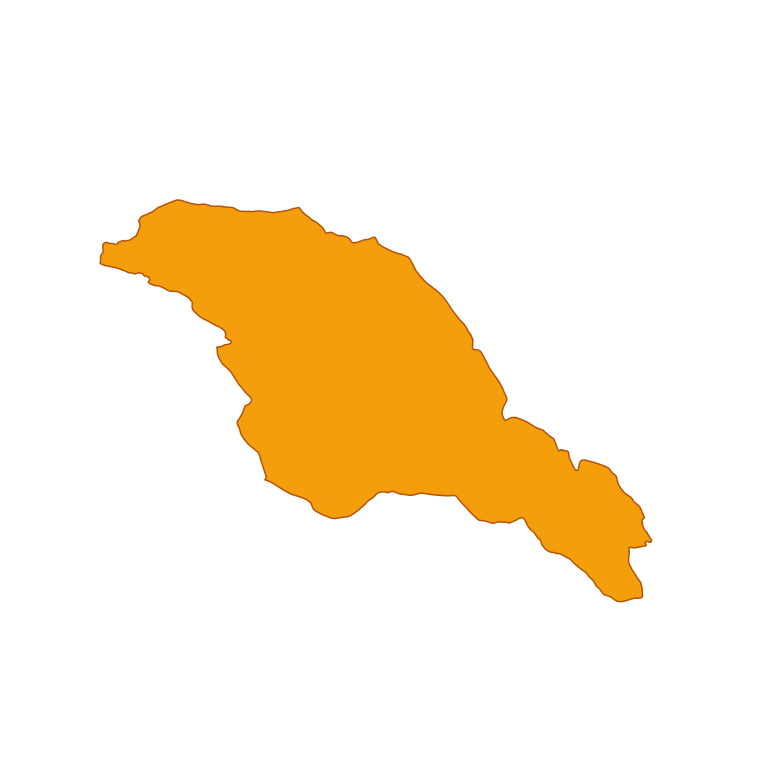 outline of Nuevo Colón, Boyacá, Colombia, rotated 287°
{"feature_id": "7082276B31852180812042", "entity_name": "Nuevo Colón", "entity_type": "district", "adm_level": 2, "iso_a3": "COL", "parent_name": "Colombia", "parent_adm1": "Boyacá", "projection": "robinson", "projection_center": [-73.45, 5.353], "detail": "fine", "context": "isolated", "style": "filled", "palette": "amber", "viewbox_px": 768, "rotation_deg": 287, "n_neighbors": 0, "source": "geoboundaries", "source_scale": "gbopen_adm2", "svg_char_len": 6145}
<svg xmlns="http://www.w3.org/2000/svg" viewBox="0 0 768 768"><g transform="rotate(287 384 384)"><path d="M479.4,110.3L477.6,108.5L474.6,104.7L473.6,103.6L472.1,102.8L470.7,102.2L468.3,101.7L467.8,101.9L467.8,102.4L467.2,102.8L463.1,104.7L453.4,103.8L449.2,100.4L448.0,99.6L447.1,98.5L444.9,94.2L444.6,91.8L441.9,89.0L441.9,88.5L440.1,88.0L439.0,86.8L438.9,82.7L438.1,79.9L438.3,77.3L437.7,76.1L436.7,75.1L435.0,74.6L434.2,74.6L427.9,76.9L427.2,76.7L425.4,75.8L423.1,75.7L418.3,77.1L416.4,77.3L415.9,78.9L415.8,83.3L416.7,91.7L416.8,95.1L416.8,97.3L416.4,100.5L416.4,103.7L415.9,105.8L415.8,107.4L416.1,109.0L416.6,110.1L416.3,113.2L416.7,114.2L417.6,115.0L418.7,117.1L418.9,120.3L418.5,121.5L417.6,122.8L417.3,123.9L417.5,126.5L417.0,128.1L416.3,128.9L415.6,129.4L414.8,129.6L413.9,129.3L413.2,128.8L412.4,128.9L411.9,129.8L411.4,131.3L411.2,133.5L411.1,136.5L411.8,138.2L412.0,141.3L411.3,145.8L410.4,149.2L410.3,152.5L410.8,154.3L411.8,158.7L411.9,160.2L411.7,162.0L409.7,170.9L408.8,173.0L406.3,176.5L405.3,177.0L402.2,177.8L400.6,178.4L398.7,180.0L397.2,182.6L395.0,187.3L393.7,190.9L393.0,196.0L390.7,206.3L390.6,208.7L390.3,210.3L389.2,213.8L387.9,216.3L387.1,217.0L384.5,218.4L382.5,218.5L382.0,218.9L381.7,219.6L381.7,221.1L381.5,221.3L381.0,221.5L380.7,221.9L380.8,222.9L380.7,224.3L380.2,225.4L379.2,225.8L377.7,225.3L376.5,223.6L374.8,220.1L373.7,218.9L372.6,218.0L371.5,215.7L370.2,213.4L367.8,214.6L365.4,215.4L362.9,216.7L360.4,218.9L357.2,222.1L355.5,224.6L351.9,232.3L348.8,236.5L340.9,245.6L339.2,248.6L336.6,252.2L335.5,254.0L332.5,259.6L331.2,261.5L329.5,262.2L326.5,261.5L325.6,261.0L324.0,259.5L323.2,258.3L322.2,257.6L317.9,257.3L315.1,257.3L309.0,255.9L307.9,255.4L305.4,254.8L303.9,255.0L302.5,255.6L299.5,258.6L294.5,261.6L290.4,266.2L286.9,271.7L285.8,274.0L282.2,282.8L281.4,284.0L279.5,285.7L268.0,293.5L261.5,298.2L259.2,298.6L257.7,298.1L257.4,301.5L256.8,306.2L253.3,318.5L252.1,324.0L251.6,326.8L251.4,330.3L251.5,336.2L250.8,343.9L250.0,346.0L248.8,348.7L247.1,350.2L244.9,352.0L243.5,353.5L242.6,355.7L241.7,359.3L240.9,364.7L240.7,368.9L240.2,372.0L240.8,375.9L242.0,378.8L243.3,380.8L245.1,385.1L246.7,388.4L248.5,390.7L251.7,393.3L255.8,396.3L260.1,399.0L263.1,400.9L267.1,402.6L273.0,407.3L277.1,409.1L278.9,411.0L280.2,413.6L281.1,416.7L281.2,419.1L281.4,419.8L282.0,420.9L283.0,421.8L283.7,422.9L284.0,424.4L283.5,429.1L283.6,432.6L284.4,436.3L285.2,441.6L286.6,444.9L289.8,449.8L291.0,453.5L291.8,459.7L293.3,467.6L295.7,477.7L297.6,482.7L298.0,484.5L297.9,485.7L297.3,487.0L295.1,489.7L291.1,496.4L289.5,499.4L286.6,504.0L281.8,513.5L281.6,515.3L281.9,517.5L282.6,520.7L282.5,527.6L282.6,529.1L285.7,533.6L286.7,538.6L287.3,540.4L287.9,544.9L292.1,549.8L295.7,553.3L296.7,555.1L296.6,556.2L296.0,557.4L295.0,558.7L290.0,563.2L287.9,566.2L287.0,568.1L286.3,570.0L285.1,571.8L281.6,576.4L280.6,578.9L276.3,582.1L273.4,586.5L272.2,590.0L271.9,591.4L271.9,592.5L272.3,594.2L272.6,599.8L273.0,601.1L273.1,602.0L272.8,604.1L271.6,609.3L271.4,611.3L270.5,614.0L268.3,618.0L265.6,623.8L263.8,628.9L263.0,631.7L262.0,633.3L259.8,636.2L257.0,641.6L256.5,642.3L253.4,645.4L252.7,646.5L251.2,649.9L247.5,654.7L247.0,655.9L246.7,663.0L245.0,667.7L244.5,670.0L244.6,672.2L245.2,674.4L246.1,676.5L247.9,679.4L250.9,683.6L252.4,686.3L253.5,689.9L254.8,692.5L256.2,693.4L264.0,690.6L269.3,687.4L273.4,682.0L274.6,681.0L278.5,676.0L281.4,673.2L284.5,670.4L286.4,669.6L288.9,668.8L295.2,667.6L297.8,666.7L299.5,666.2L300.6,672.0L301.6,673.5L305.6,681.3L306.4,681.8L306.9,681.8L308.5,680.1L309.1,680.1L309.6,680.4L310.2,681.1L310.4,681.8L310.2,683.8L310.5,684.9L311.1,685.6L312.0,685.6L313.0,685.5L313.5,684.9L317.3,680.4L319.4,678.3L320.7,675.8L323.1,673.6L324.6,672.8L326.0,671.5L326.5,671.5L327.1,671.9L327.4,671.7L327.6,670.9L328.3,670.5L329.4,670.6L332.4,671.9L333.1,671.7L334.3,670.1L335.2,669.9L335.8,669.3L337.1,667.9L338.4,667.2L340.4,665.4L341.5,664.1L342.2,663.0L343.6,659.4L344.3,657.8L345.2,656.6L346.5,655.3L347.7,653.5L350.1,646.1L351.5,643.8L353.5,641.0L356.1,638.0L357.6,636.7L359.8,635.3L363.2,633.4L364.1,632.5L365.7,628.4L368.9,624.0L369.8,621.0L370.3,613.7L370.4,607.3L370.0,598.4L369.5,596.7L368.8,595.3L367.0,594.4L365.0,594.1L360.3,594.6L358.8,594.6L357.7,593.5L357.4,592.6L360.7,588.8L362.4,587.5L366.0,584.1L368.5,582.3L370.1,581.7L372.6,580.4L373.3,579.6L373.4,578.5L373.1,577.4L373.2,575.9L373.0,575.0L372.5,574.4L373.3,573.5L373.1,572.8L372.6,572.1L371.3,571.2L371.5,570.3L373.0,568.6L380.6,563.0L381.4,561.7L382.8,557.3L384.0,554.4L386.5,549.2L386.5,545.4L386.8,542.8L387.2,540.4L389.0,533.7L389.7,530.4L390.2,525.8L390.5,521.4L390.4,519.3L389.7,517.2L388.9,515.4L387.7,514.0L385.7,512.0L384.6,510.5L385.1,509.4L388.6,506.5L390.7,505.4L392.5,504.9L397.6,505.0L404.3,506.2L406.4,505.5L415.0,498.2L419.8,493.4L429.8,480.4L437.3,473.3L439.5,471.1L443.4,466.8L444.0,464.8L443.9,462.1L443.0,460.0L443.7,458.6L445.4,457.7L451.9,456.3L456.2,452.8L459.5,448.6L462.3,445.9L464.6,443.0L468.2,436.6L475.7,426.2L478.8,422.7L482.3,418.2L485.1,414.2L487.2,410.2L489.0,406.2L492.9,395.6L495.2,391.3L498.8,385.4L499.7,384.6L500.8,382.6L502.7,380.4L505.4,378.0L510.3,373.1L512.4,370.2L512.7,366.3L513.1,362.6L512.9,359.3L513.0,354.4L513.5,350.5L515.1,341.6L516.5,337.6L521.5,332.9L521.3,331.2L517.7,326.7L516.6,324.0L515.1,321.6L512.0,317.5L510.3,314.4L510.1,312.8L510.7,311.0L512.8,308.3L513.4,306.5L513.8,304.7L513.3,299.8L512.6,297.0L512.5,295.1L513.4,291.3L513.6,289.8L513.5,288.9L512.9,287.5L511.6,285.1L511.5,284.4L511.8,283.6L513.0,282.6L515.4,279.8L516.3,278.1L519.1,271.5L519.9,266.9L521.5,263.5L523.4,258.4L524.6,255.8L527.8,251.5L527.7,250.8L524.9,245.4L523.5,243.7L521.3,240.2L516.1,229.4L515.3,227.1L513.6,216.5L512.8,213.4L511.4,209.9L510.4,208.2L510.1,206.3L507.4,197.3L507.2,195.2L507.4,193.0L508.5,188.5L508.2,186.3L506.9,180.8L506.5,177.3L506.0,175.6L505.9,174.3L504.5,170.5L503.7,166.9L503.6,160.3L503.0,158.1L501.2,154.2L501.0,153.1L500.6,150.1L500.3,146.7L500.1,140.0L500.3,138.8L500.2,135.9L499.6,132.6L498.9,131.4L492.6,123.3L491.5,122.1L487.6,117.6L487.0,116.7L486.2,115.9L484.0,114.5L482.1,113.0L480.1,111.3L479.4,110.3Z" fill="#f59e0b" stroke="#b45309" stroke-width="1.5"/></g></svg>